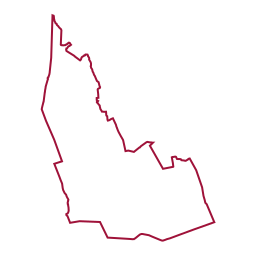 Stefan Cel Mare, Neamt, Romania
{"feature_id": "2599482B75219303037693", "entity_name": "Stefan Cel Mare", "entity_type": "district", "adm_level": 2, "iso_a3": "ROU", "parent_name": "Romania", "parent_adm1": "Neamt", "projection": "albers", "projection_center": [26.525, 47.014], "detail": "fine", "context": "isolated", "style": "outline", "palette": "rose", "viewbox_px": 256, "rotation_deg": 0, "n_neighbors": 0, "source": "geoboundaries", "source_scale": "gbopen_adm2", "svg_char_len": 3536}
<svg xmlns="http://www.w3.org/2000/svg" viewBox="0 0 256 256"><path d="M162.3,240.6L162.5,240.6L163.0,240.6L163.5,240.4L164.2,240.2L165.6,239.7L166.8,239.2L170.0,238.3L180.2,234.5L193.8,229.5L214.3,222.2L214.2,222.0L206.7,204.2L205.7,203.2L205.3,202.7L204.7,200.0L203.5,195.9L202.1,187.3L196.2,170.2L189.7,158.5L188.9,158.7L188.4,158.9L188.1,159.4L185.7,160.8L184.7,160.7L184.1,160.5L181.4,160.2L180.9,159.3L180.3,159.1L178.7,159.0L178.1,159.1L176.9,158.9L176.1,157.0L175.7,156.7L174.6,156.7L173.7,156.9L172.4,157.0L171.8,157.3L172.9,163.2L173.3,166.7L173.2,166.8L163.0,168.8L149.9,145.7L152.9,142.7L152.7,142.7L151.1,142.4L150.0,142.4L147.9,142.0L147.4,141.9L146.5,142.2L140.9,146.2L139.9,147.4L139.5,147.4L133.9,151.9L128.4,150.6L127.7,150.7L125.5,151.1L123.1,140.1L122.9,139.7L120.7,135.9L118.6,132.0L117.8,130.2L117.4,129.1L117.0,128.1L117.0,127.9L116.4,126.6L116.0,124.9L112.9,118.3L111.4,118.9L110.7,119.3L109.5,120.1L108.9,120.3L107.9,120.6L107.8,120.4L107.5,119.8L107.2,116.2L106.8,115.9L106.6,115.8L106.4,115.6L106.3,115.3L106.2,114.3L106.1,112.5L106.0,111.7L104.3,111.8L101.9,111.6L101.6,110.9L100.4,109.0L99.7,106.0L99.7,105.5L98.5,104.3L98.1,103.5L97.5,103.0L97.0,102.5L96.8,102.1L96.9,101.8L97.6,101.7L98.1,101.0L97.7,100.8L96.7,100.0L96.7,98.0L98.4,97.8L98.2,94.1L97.7,89.8L97.7,89.4L97.9,89.0L98.7,88.4L99.7,88.1L100.0,87.5L100.1,87.1L99.7,86.4L99.4,85.6L99.4,85.4L98.6,82.2L97.0,81.0L96.9,80.9L95.8,78.3L95.5,77.6L94.9,76.1L94.0,74.7L93.3,72.6L92.9,72.0L92.7,71.7L92.4,70.6L92.3,69.9L92.2,69.5L92.0,69.1L91.3,68.1L91.1,67.8L91.1,67.6L91.0,67.1L90.9,66.6L90.7,66.3L90.7,66.1L91.0,65.5L91.0,64.8L91.0,64.1L91.0,63.6L90.9,63.1L90.6,62.1L90.0,61.1L89.8,60.7L89.6,60.4L89.4,60.1L89.1,59.4L89.2,58.8L89.2,58.3L89.0,57.7L88.8,57.3L88.2,56.5L88.0,56.2L88.0,55.7L87.5,54.6L85.9,54.5L85.6,54.5L85.5,54.8L85.2,55.2L84.8,55.5L84.3,55.3L83.9,55.8L82.8,56.5L81.8,57.2L81.4,58.0L81.1,59.1L80.9,59.5L80.4,60.2L80.1,60.4L74.6,56.3L74.4,55.9L66.5,51.0L66.1,49.7L66.4,48.5L66.9,48.5L67.4,47.8L68.0,46.9L68.3,46.4L68.7,46.2L69.3,46.1L71.0,44.8L70.5,44.2L69.8,43.0L69.1,42.7L69.0,42.9L68.7,43.0L68.2,43.1L67.6,43.5L67.5,43.9L67.2,44.0L66.8,44.2L66.6,44.3L66.4,44.5L66.1,44.5L65.8,44.8L65.4,45.1L64.6,45.1L64.0,45.3L63.1,45.3L62.8,45.2L62.5,45.3L62.2,45.2L61.4,45.2L61.0,45.0L60.8,44.7L61.4,30.3L61.0,29.2L60.4,28.7L59.5,27.8L58.7,26.9L58.3,26.2L57.5,25.5L56.9,24.9L56.8,24.5L56.6,23.8L56.1,23.5L55.7,23.4L55.3,22.7L55.2,22.2L54.9,21.7L54.6,21.3L54.0,18.5L53.9,17.0L53.8,16.0L53.5,15.6L52.9,15.6L52.5,15.4L51.2,57.8L49.7,72.0L49.7,72.4L49.3,74.6L49.1,75.0L48.8,76.0L48.5,77.0L48.2,77.1L47.6,78.1L47.9,78.5L48.0,79.0L47.6,80.0L47.0,82.1L46.1,85.2L45.6,87.0L45.6,87.7L45.5,88.2L45.1,90.2L44.9,92.2L44.8,92.3L43.7,101.0L43.6,101.8L43.3,102.2L43.3,102.6L42.6,105.3L42.3,106.5L41.7,109.2L46.0,120.8L54.2,139.7L62.0,161.3L54.3,163.8L59.5,177.0L60.6,180.0L62.1,183.6L62.7,188.1L63.2,190.1L64.6,193.0L66.1,194.7L66.7,196.6L68.3,199.5L68.4,199.8L68.0,200.9L68.1,201.1L67.9,201.8L67.8,202.2L67.7,202.3L67.7,203.6L67.8,204.2L68.0,204.2L68.1,204.7L68.1,204.8L68.1,205.1L68.3,206.4L68.5,207.4L68.6,209.0L68.6,209.4L68.7,210.3L68.5,211.5L68.1,212.7L67.5,213.5L66.8,213.8L66.3,214.1L66.4,215.1L67.1,215.8L67.5,216.1L70.1,222.8L79.6,221.2L100.0,222.0L107.6,237.6L125.7,238.7L130.3,239.0L132.4,239.2L133.6,239.1L134.0,239.1L134.2,238.9L134.8,238.6L136.0,237.7L137.7,236.3L139.7,234.7L140.2,234.4L140.6,234.3L141.3,234.0L142.6,234.0L144.6,234.4L148.9,235.2L152.1,236.6L160.1,239.9L161.7,240.5L162.3,240.6Z" fill="none" stroke="#9f1239" stroke-width="2"/></svg>